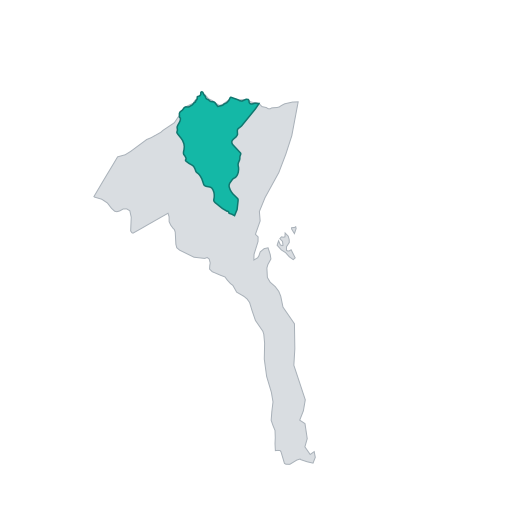 location of Anseba within Eritrea, rotated 37°
{"feature_id": "ERI-1563", "entity_name": "Anseba", "entity_type": "Region", "adm_level": 1, "iso_a3": "ERI", "parent_name": "Eritrea", "parent_adm1": "", "projection": "mercator", "projection_center": [37.716, 16.542], "detail": "fine", "context": "in_parent", "style": "filled", "palette": "teal", "viewbox_px": 512, "rotation_deg": 37, "n_neighbors": 0, "source": "natural_earth", "source_scale": "10m", "svg_char_len": 4795}
<svg xmlns="http://www.w3.org/2000/svg" viewBox="0 0 512 512"><g transform="rotate(37 256 256)"><path d="M90.8,306.1L89.1,291.0L88.0,280.9L86.9,270.2L85.8,260.1L90.6,253.9L92.9,248.0L98.6,228.7L100.9,224.9L105.5,214.6L106.1,211.6L110.6,198.6L110.1,189.9L109.2,181.1L111.7,175.9L113.9,171.8L113.7,168.3L114.7,160.1L115.4,158.0L118.1,157.9L123.6,159.0L127.6,158.1L132.3,158.1L135.9,157.9L138.0,155.4L140.9,145.8L142.8,143.9L144.3,143.3L148.4,141.6L151.9,138.8L154.8,136.8L155.8,136.4L158.9,136.1L161.9,134.9L163.3,133.6L167.1,132.5L170.9,133.1L173.4,131.9L175.1,131.2L177.0,131.1L178.7,130.0L179.4,128.3L180.6,127.2L183.5,124.7L184.9,122.9L185.5,121.1L186.1,119.7L187.3,117.2L192.5,111.1L196.9,107.5L212.2,138.4L218.5,156.6L224.0,175.6L228.1,204.0L231.9,218.4L238.2,225.5L242.5,239.0L246.2,239.5L248.9,243.2L253.4,255.8L256.7,260.5L258.4,256.4L258.2,254.1L256.9,250.2L258.1,245.2L260.7,242.2L266.5,246.3L269.7,249.4L270.6,255.6L271.9,259.0L278.0,266.3L283.1,268.4L289.8,268.9L295.4,270.5L299.9,273.2L308.3,280.6L327.5,287.0L342.9,306.8L352.0,320.5L381.9,341.2L387.0,351.1L389.7,360.8L396.0,360.4L406.8,371.0L409.9,379.0L418.7,381.9L420.2,377.2L424.5,381.1L426.2,387.1L420.6,389.6L414.3,391.7L413.4,391.6L411.4,394.4L408.4,402.0L405.2,404.3L403.5,404.5L393.8,397.3L392.3,396.9L390.2,398.3L388.6,399.8L384.1,394.4L380.8,389.6L376.2,383.9L371.8,381.3L367.0,378.1L362.2,370.6L357.4,362.3L350.3,355.6L337.0,345.8L324.7,333.4L315.4,320.5L309.3,313.8L306.8,312.0L294.3,307.8L285.6,301.9L278.9,297.0L274.8,295.7L270.8,295.5L262.3,296.5L255.2,293.4L252.2,293.4L247.5,292.5L243.8,291.4L239.4,292.7L230.5,294.9L226.8,294.4L224.8,291.4L223.6,289.1L220.5,286.6L217.9,286.6L216.5,288.8L207.2,294.3L191.5,297.3L187.8,297.1L185.0,294.9L177.1,285.5L174.9,284.0L173.1,283.8L169.4,282.7L166.0,280.9L163.0,277.0L160.0,274.8L156.7,282.4L151.0,295.6L148.0,302.7L144.0,311.8L142.8,312.1L140.8,311.4L133.0,300.1L128.0,295.8L124.4,296.2L121.7,298.3L120.0,302.1L118.2,304.4L116.2,305.3L111.9,304.9L105.4,303.1L98.6,303.5L91.7,306.1L90.8,306.1ZM274.8,230.3L276.9,233.1L278.4,232.9L279.5,231.9L280.3,229.9L288.4,233.9L287.9,236.5L283.1,236.6L277.6,235.5L272.5,235.9L266.4,234.7L264.9,230.3L268.8,232.5L270.8,231.9L271.2,231.3L268.4,228.4L264.6,227.8L264.8,225.4L266.6,224.5L267.6,223.3L265.4,220.1L269.8,220.8L272.5,222.8L274.4,225.1L274.8,230.3ZM271.5,209.9L273.2,215.0L268.2,213.0L267.4,212.0L269.6,210.0L270.1,208.7L271.5,209.9Z" fill="#d9dde1" stroke="#a8b0b8" stroke-width="1"/><path d="M159.3,137.9L160.5,137.6L161.5,136.8L163.1,134.8L166.6,132.4L166.7,133.0L167.0,138.9L166.2,160.8L165.6,163.4L165.2,164.5L165.1,165.8L165.5,166.9L166.6,168.3L167.4,169.2L168.1,170.1L168.3,171.2L168.4,172.9L167.6,176.4L167.5,178.0L167.8,179.2L168.9,180.4L170.2,181.0L181.8,183.1L182.4,183.6L182.7,184.4L183.0,185.5L183.4,186.5L184.5,188.0L185.1,189.2L185.8,192.0L186.4,193.4L187.5,194.7L188.7,195.7L190.0,197.3L191.5,199.9L192.1,201.7L192.4,203.3L192.4,204.5L192.3,205.6L192.0,206.3L191.6,207.1L191.2,208.1L191.1,209.4L191.2,213.7L191.8,215.5L192.9,216.9L195.4,218.6L197.7,219.6L200.1,220.3L207.0,221.2L207.7,221.7L208.4,222.6L212.9,230.2L214.6,236.7L211.4,237.2L209.5,237.9L208.9,238.0L208.5,238.0L208.0,237.5L207.6,237.3L206.9,237.2L206.5,237.2L205.9,237.7L200.6,238.3L191.3,238.0L189.6,237.6L188.6,236.8L187.2,234.1L185.8,232.2L184.1,230.5L181.7,229.0L180.0,228.4L178.6,228.4L177.4,228.8L174.6,230.2L173.5,230.6L172.2,230.7L171.3,230.4L166.3,227.0L163.4,225.7L161.7,225.2L160.4,225.0L158.6,225.0L157.4,224.8L156.4,224.2L154.9,223.2L153.1,222.3L151.7,221.9L150.3,221.9L146.7,222.4L143.0,222.4L142.2,222.1L141.9,221.7L141.9,221.2L141.8,220.7L141.4,220.2L140.5,219.6L139.0,218.9L137.2,218.4L136.2,217.6L135.4,216.4L134.4,214.2L132.9,211.8L130.9,209.8L127.8,207.9L125.1,207.0L120.4,205.8L119.2,205.4L118.5,205.0L118.2,204.5L117.5,202.8L117.0,202.2L116.6,201.8L116.2,201.4L115.8,201.0L115.4,200.5L115.1,199.7L114.8,198.4L114.4,195.4L114.1,194.0L113.7,192.9L112.7,191.4L111.3,191.2L111.2,191.0L110.5,190.0L109.7,189.2L109.0,188.2L108.7,187.0L108.7,186.3L109.3,184.2L109.5,183.1L109.4,181.4L109.5,180.5L109.9,179.5L110.7,178.8L112.4,177.6L112.9,176.8L114.2,173.6L114.4,170.4L114.5,170.2L114.9,169.8L114.9,169.6L114.9,169.3L114.6,168.8L114.5,168.6L114.6,166.4L114.5,165.8L114.0,165.1L113.5,164.6L113.3,164.0L114.6,162.2L114.8,161.2L114.6,160.2L113.6,158.8L113.5,158.3L113.6,157.9L113.9,157.4L115.0,157.3L115.8,157.7L116.6,158.2L117.5,158.6L118.8,158.8L119.3,159.0L121.3,160.2L121.8,160.3L124.5,159.8L125.3,160.0L126.8,159.9L129.3,158.4L130.7,158.2L135.5,159.6L138.4,156.1L138.8,155.1L139.0,153.9L140.1,151.9L140.5,150.8L140.7,148.6L140.6,147.6L140.1,145.2L140.2,144.5L140.7,144.2L147.5,142.1L149.5,141.8L151.6,140.7L153.8,136.7L155.6,135.7L156.6,136.0L158.2,137.5L159.3,137.9Z" fill="#14b8a6" stroke="#0f766e" stroke-width="1.5"/></g></svg>